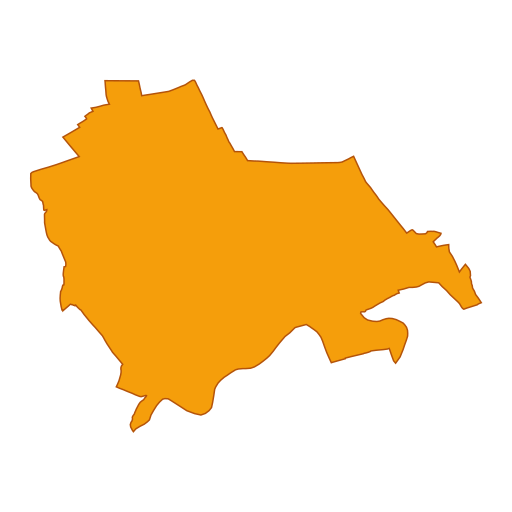 the district of Lunca Muresului, Alba, Romania
{"feature_id": "2599482B93074518356645", "entity_name": "Lunca Muresului", "entity_type": "district", "adm_level": 2, "iso_a3": "ROU", "parent_name": "Romania", "parent_adm1": "Alba", "projection": "orthographic", "projection_center": [23.92, 46.432], "detail": "fine", "context": "isolated", "style": "filled", "palette": "amber", "viewbox_px": 512, "rotation_deg": 0, "n_neighbors": 0, "source": "geoboundaries", "source_scale": "gbopen_adm2", "svg_char_len": 5966}
<svg xmlns="http://www.w3.org/2000/svg" viewBox="0 0 512 512"><path d="M133.4,431.7L135.8,428.9L140.0,426.3L144.2,424.2L147.3,421.9L149.4,419.9L151.0,415.0L153.6,410.4L156.6,405.6L159.5,402.1L162.6,399.2L164.8,398.6L168.2,398.8L171.6,400.9L179.1,405.7L186.8,410.7L194.6,413.6L200.9,415.0L205.4,413.4L209.0,410.7L211.5,407.6L212.6,402.5L213.7,396.0L214.7,389.2L215.7,386.9L218.1,383.0L220.7,380.2L224.2,377.2L227.0,375.4L230.7,372.8L235.5,369.8L238.3,369.0L242.8,368.6L245.5,368.6L250.6,368.2L254.4,366.9L259.1,364.1L262.9,361.3L267.0,358.0L269.6,355.6L273.3,351.1L275.7,347.8L279.3,343.2L285.0,336.5L289.8,332.8L294.9,327.7L296.2,327.2L306.3,324.5L310.0,326.7L311.0,327.5L313.9,329.5L316.9,331.8L319.0,334.4L321.0,337.3L322.6,341.1L324.7,347.1L326.8,352.7L329.1,357.9L331.3,362.7L333.2,362.1L345.3,358.7L345.3,358.1L351.1,356.6L363.4,353.7L364.1,353.3L365.8,353.0L368.8,352.1L370.5,351.4L370.7,351.1L371.2,350.9L376.5,350.2L383.2,349.6L387.6,349.0L389.2,348.4L389.6,349.4L391.2,354.2L393.6,360.8L395.6,363.2L400.1,356.9L403.1,349.5L404.7,344.7L406.3,340.3L407.6,336.1L407.7,333.3L407.5,330.3L406.5,327.3L404.8,324.9L403.2,323.1L399.8,321.3L396.2,319.6L392.2,318.5L388.9,318.3L386.2,318.7L383.0,319.7L379.7,321.1L376.8,321.5L372.7,321.2L367.6,320.0L364.1,317.7L360.6,313.4L360.7,312.9L360.8,312.1L361.2,311.9L362.1,311.8L364.7,311.8L365.5,311.2L365.7,310.5L366.3,309.9L370.9,308.3L372.8,307.4L374.9,306.0L377.4,304.5L380.5,302.7L381.9,302.1L383.2,301.5L384.9,300.1L387.2,298.7L389.8,297.4L391.0,296.7L393.0,295.6L394.0,295.4L395.3,294.6L396.8,293.7L399.2,293.0L398.2,290.2L403.7,289.0L409.0,287.4L412.5,287.4L416.4,287.0L419.0,286.3L421.3,285.0L425.3,282.9L428.8,281.9L438.7,282.8L442.2,286.6L446.5,290.5L450.3,294.8L457.8,301.8L459.5,303.6L461.5,307.0L462.6,308.4L463.8,309.2L466.7,308.1L477.2,304.8L478.4,303.9L481.3,302.7L480.2,301.0L478.3,298.1L475.6,294.5L475.1,293.1L474.4,291.2L472.6,288.1L472.2,285.5L471.5,283.6L471.4,281.6L470.8,279.6L469.9,277.1L470.5,275.7L470.4,274.2L470.2,271.4L468.8,268.5L465.4,264.3L461.6,269.0L459.4,272.0L456.7,265.3L454.9,261.3L452.4,256.4L449.4,251.9L448.8,248.2L448.7,244.6L445.8,245.0L443.3,245.4L441.8,245.7L439.0,246.3L436.5,246.9L435.3,244.9L433.2,241.8L434.7,240.3L435.6,239.5L436.9,238.2L438.4,237.0L439.7,235.8L440.7,234.4L441.0,233.3L438.2,232.5L435.7,231.7L433.9,231.3L432.8,231.4L430.9,231.3L429.2,231.4L427.5,231.5L427.2,232.2L426.5,233.1L425.4,233.8L424.0,233.9L422.0,234.0L419.0,234.1L416.4,233.6L415.7,233.0L414.6,231.8L412.9,230.1L412.3,229.8L411.5,230.0L410.6,230.5L409.8,231.0L408.2,232.1L406.7,233.1L403.1,228.4L400.3,225.0L394.3,217.5L391.2,213.6L387.9,209.5L384.3,205.6L381.7,202.6L378.8,199.2L377.3,196.9L375.8,194.8L373.9,192.4L372.0,189.7L370.5,187.5L368.0,184.6L366.7,183.1L365.5,181.5L364.4,179.1L363.1,176.6L362.0,174.6L353.6,156.3L350.9,157.6L348.6,158.9L344.6,160.8L342.1,162.0L340.1,162.4L337.8,162.6L330.8,162.7L324.4,162.8L318.2,162.9L313.2,163.0L306.8,163.1L300.9,163.2L291.2,163.3L287.9,163.2L281.4,162.8L273.7,162.2L267.3,161.8L262.3,161.4L258.1,161.1L254.0,161.0L247.5,160.6L247.1,159.8L245.6,157.3L244.0,155.0L242.5,152.7L241.9,151.7L234.5,151.6L233.0,148.7L231.2,145.6L229.8,143.1L228.9,141.9L228.2,140.2L226.8,137.2L225.9,134.9L225.0,133.4L224.1,131.6L223.2,129.6L222.2,127.8L221.9,127.6L220.2,128.2L218.0,129.0L217.0,127.0L215.4,123.8L214.1,121.2L212.4,117.8L211.2,115.2L209.9,112.1L209.1,110.6L208.0,108.5L206.2,104.7L205.3,102.7L204.3,100.5L204.0,99.7L203.6,98.8L202.9,97.2L201.9,95.0L199.4,90.1L198.3,87.7L197.0,85.3L195.9,82.8L195.2,81.4L194.4,80.3L192.4,80.3L191.2,81.0L189.8,81.8L187.1,83.6L185.5,84.7L183.9,85.4L180.9,86.5L178.9,87.4L176.2,88.5L173.0,89.8L168.7,91.4L150.0,94.4L146.6,94.9L141.7,95.7L141.2,92.9L140.0,87.9L139.4,84.8L138.5,80.9L105.0,80.7L105.2,83.1L105.3,84.8L105.5,87.3L105.8,90.3L106.1,94.4L106.4,96.3L107.1,98.7L108.0,101.4L109.4,104.2L107.0,104.6L103.6,105.2L99.9,106.3L96.0,107.3L91.2,108.1L93.0,111.3L89.3,112.9L88.1,113.9L84.9,116.3L86.4,118.2L86.6,118.9L83.3,121.2L80.1,123.1L77.7,124.6L79.7,127.3L70.9,132.5L62.9,137.1L69.4,145.0L79.2,156.6L71.8,159.2L67.8,160.6L61.4,162.9L56.2,164.7L48.3,167.2L40.6,169.4L33.5,171.7L32.0,172.4L30.8,173.5L30.7,178.7L31.0,184.8L31.0,186.0L31.3,187.0L31.8,188.1L32.9,189.7L33.8,190.9L34.7,191.8L36.0,192.6L37.1,193.5L37.6,194.1L38.2,195.3L39.0,197.5L39.7,199.0L40.3,199.8L40.9,200.1L41.9,200.8L42.6,201.5L42.9,202.8L43.1,204.0L43.5,205.3L43.7,209.2L43.9,210.1L44.4,210.4L45.6,210.0L46.8,209.6L46.8,210.4L46.4,211.5L45.5,212.6L44.7,213.7L44.5,214.3L44.5,216.1L44.6,220.1L44.6,222.9L45.8,229.6L46.4,232.7L47.0,235.1L47.8,237.1L48.9,238.9L49.6,240.1L50.7,241.4L52.3,242.5L53.7,243.5L55.1,244.4L56.3,245.1L58.1,245.9L58.6,246.7L60.0,249.1L61.2,250.9L62.5,254.3L63.5,256.7L64.8,259.9L65.7,262.0L65.9,264.3L65.6,266.5L64.0,266.9L64.0,267.6L63.6,270.3L63.3,273.0L63.2,274.3L63.3,276.0L63.8,277.1L64.0,279.0L64.0,281.7L64.0,283.3L63.8,284.9L62.9,285.1L62.5,286.1L62.1,288.1L61.8,289.0L61.3,290.3L60.6,291.6L60.5,293.0L60.3,294.8L60.1,298.2L60.2,300.4L60.3,301.5L60.9,305.1L61.1,306.3L62.0,310.0L62.8,309.9L62.9,310.8L65.4,308.6L68.3,306.1L70.4,304.2L70.9,304.3L71.8,304.7L72.4,304.6L73.4,305.3L74.1,305.2L75.0,305.8L75.7,305.1L77.5,307.2L80.0,309.6L80.6,309.7L81.7,311.1L84.1,314.5L87.7,318.9L88.8,320.3L91.0,322.8L93.2,325.3L95.1,327.3L97.5,330.1L99.3,332.2L101.3,334.5L102.3,335.6L103.5,337.6L105.0,340.4L107.0,343.8L111.9,351.2L112.4,352.1L114.1,354.1L115.8,356.0L122.7,364.3L121.4,366.1L120.9,367.8L120.9,369.3L121.1,370.4L121.1,372.2L120.7,374.8L119.0,380.7L117.5,384.3L116.3,386.8L119.6,388.3L123.4,389.7L125.7,390.7L128.1,391.7L132.2,393.3L135.4,394.8L139.6,396.4L141.1,396.7L143.3,396.1L145.5,395.5L146.2,395.5L146.5,395.6L146.4,396.0L145.6,397.2L144.7,398.0L143.8,399.6L141.8,401.0L140.3,402.2L138.8,404.3L136.3,409.1L135.5,411.0L134.8,412.5L134.3,414.1L133.1,415.6L132.3,417.2L132.5,419.0L132.0,420.9L131.0,422.4L130.3,424.6L130.7,427.0L132.4,430.3L133.4,431.7Z" fill="#f59e0b" stroke="#b45309" stroke-width="1.5"/></svg>